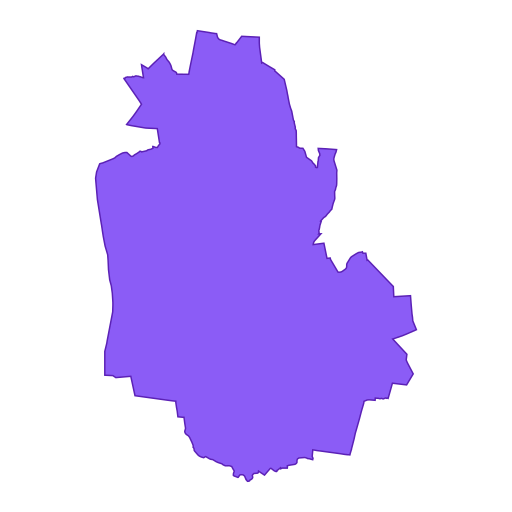 the district of Jaral del Progreso, Guanajuato, Mexico
{"feature_id": "50627088B82806712046874", "entity_name": "Jaral del Progreso", "entity_type": "district", "adm_level": 2, "iso_a3": "MEX", "parent_name": "Mexico", "parent_adm1": "Guanajuato", "projection": "orthographic", "projection_center": [-101.046, 20.365], "detail": "fine", "context": "isolated", "style": "filled", "palette": "violet", "viewbox_px": 512, "rotation_deg": 0, "n_neighbors": 0, "source": "geoboundaries", "source_scale": "gbopen_adm2", "svg_char_len": 5992}
<svg xmlns="http://www.w3.org/2000/svg" viewBox="0 0 512 512"><path d="M406.9,354.3L392.7,339.0L402.2,335.8L406.6,334.0L416.4,329.7L412.8,320.9L412.5,317.3L412.0,314.0L411.1,303.8L410.5,295.7L393.8,296.7L393.3,286.4L392.8,286.0L367.8,260.0L367.1,260.3L365.8,253.2L363.8,253.2L362.9,253.2L362.4,251.8L361.6,252.1L360.9,252.2L359.0,252.4L358.3,252.6L356.1,253.8L351.7,256.6L351.2,257.0L350.7,257.5L350.2,258.2L347.0,263.4L346.8,264.1L346.7,264.7L346.7,266.3L346.6,267.0L346.5,267.6L346.4,267.9L345.7,268.8L345.3,269.2L343.3,270.6L342.4,271.3L341.8,271.6L341.2,271.9L340.3,272.1L339.5,272.2L338.7,272.2L338.0,272.1L331.2,260.6L330.5,259.4L330.2,258.0L327.0,258.4L323.9,243.2L313.2,244.6L313.4,243.3L313.8,242.1L314.6,240.8L320.9,233.8L318.7,233.9L319.1,233.3L319.0,231.7L318.8,231.2L318.8,230.6L319.0,230.0L319.2,229.4L319.6,227.5L319.7,226.7L320.0,225.1L321.2,221.4L320.6,221.1L321.9,219.6L323.6,217.7L324.7,216.9L325.3,216.6L325.7,216.2L326.2,215.6L327.1,214.4L327.8,213.6L329.1,212.3L329.6,211.7L330.3,210.7L331.7,209.3L331.9,209.0L331.9,208.7L332.3,206.8L333.2,203.3L334.6,199.5L334.8,198.5L334.8,197.7L334.7,195.9L334.6,191.5L335.4,189.7L335.5,189.4L335.8,187.7L336.5,185.7L336.6,185.0L336.7,183.7L336.8,178.9L336.7,172.9L336.9,170.2L336.8,169.8L336.5,168.9L334.2,161.4L333.9,160.3L333.8,159.2L333.9,158.2L335.0,154.3L335.9,152.3L336.0,152.0L336.6,149.6L326.1,148.8L318.2,148.4L318.4,150.5L319.7,153.6L319.9,155.3L318.5,157.6L318.2,161.1L318.0,161.4L317.4,167.5L316.3,167.6L315.5,167.1L315.6,166.0L314.3,164.3L313.0,163.1L311.5,160.8L306.5,157.3L304.8,151.3L302.9,148.3L299.7,148.2L298.4,147.3L296.5,146.7L296.4,140.5L296.4,140.3L296.3,135.6L296.3,134.0L296.2,130.7L295.5,129.1L295.2,128.8L295.3,127.1L294.6,124.4L294.2,122.6L294.3,121.6L293.4,120.0L292.9,117.4L291.7,111.1L290.6,108.2L289.4,104.1L288.1,97.5L288.1,97.3L287.9,96.1L287.4,93.8L286.8,90.4L284.2,79.3L275.8,71.8L274.8,71.0L274.8,69.8L270.9,67.5L270.2,67.1L266.2,64.7L262.6,62.5L261.7,63.0L259.6,47.3L259.3,43.2L259.3,37.2L241.7,36.3L236.3,43.3L236.2,43.2L235.2,44.7L235.0,44.8L231.5,43.5L222.9,40.7L221.6,40.2L221.3,40.2L220.3,39.9L219.3,39.4L218.8,39.0L218.3,38.4L217.8,37.7L217.5,37.1L216.6,33.6L215.9,33.6L210.4,32.8L209.7,32.6L197.4,30.7L197.1,32.0L197.0,32.7L196.7,32.7L195.5,39.4L193.5,49.9L193.0,52.9L190.6,64.4L189.2,71.4L189.3,71.4L188.7,74.3L176.8,74.2L176.5,72.9L176.2,72.4L175.6,72.0L173.1,70.6L172.4,70.0L172.0,69.5L171.0,65.8L170.3,64.2L169.1,62.1L166.9,59.5L165.7,57.1L163.7,54.5L163.7,53.9L163.2,54.5L162.6,55.0L153.5,63.5L148.1,68.8L147.1,68.0L141.5,64.7L142.0,68.2L143.5,77.7L142.8,77.6L142.5,77.6L140.4,76.8L139.7,76.6L139.1,76.5L138.5,76.2L137.7,76.2L136.9,76.0L135.8,75.9L135.2,76.1L134.5,76.5L133.6,76.8L133.1,76.7L132.9,76.5L132.7,76.4L132.6,76.5L131.8,76.9L131.3,77.1L131.1,77.1L129.9,77.0L128.7,77.1L128.3,77.0L127.7,76.9L127.1,77.1L125.9,77.3L125.6,77.5L125.3,77.9L125.0,78.1L124.1,78.2L123.9,78.5L138.9,100.2L141.5,104.2L136.9,111.0L133.1,116.3L126.6,124.5L127.0,124.7L131.3,125.6L143.6,127.7L145.5,128.0L147.0,128.1L153.1,128.4L157.3,128.6L159.5,142.7L160.0,143.0L159.8,144.1L158.6,145.4L157.9,146.6L157.3,147.5L156.0,147.4L155.6,147.4L153.2,146.5L152.8,146.5L153.0,148.2L151.0,149.2L148.1,149.8L147.3,150.2L147.0,150.6L146.5,150.8L141.6,151.9L141.1,151.5L140.6,151.3L140.0,151.2L139.8,151.5L136.9,153.5L134.4,154.9L133.4,155.9L131.9,156.5L130.8,156.1L126.9,152.5L124.9,152.5L122.6,153.0L120.4,154.1L119.7,154.5L118.9,154.9L118.3,155.3L116.5,156.3L115.4,157.3L115.1,157.7L113.2,158.7L102.8,162.9L101.8,163.2L101.4,163.2L99.7,163.8L96.6,171.9L95.6,178.2L95.8,180.9L97.4,199.5L101.3,223.7L101.7,225.9L101.8,226.7L102.2,229.2L102.3,230.2L103.3,236.6L105.1,246.0L107.7,254.8L108.1,260.6L108.5,269.6L109.7,279.8L111.3,285.8L112.3,293.1L112.9,302.5L112.9,305.2L112.7,311.9L107.2,340.6L106.8,343.2L104.8,351.4L104.8,375.2L112.9,375.6L115.8,377.6L130.8,376.3L135.0,395.7L166.1,400.0L170.6,400.6L172.2,400.8L175.8,401.2L175.8,402.2L176.0,403.8L176.5,407.3L177.2,411.1L177.9,416.8L183.1,417.3L184.0,417.3L184.7,422.8L185.5,427.9L185.5,428.7L184.8,431.1L184.8,431.6L184.8,431.9L184.9,432.2L185.2,433.0L185.7,433.8L186.1,434.2L187.0,434.9L188.4,435.8L189.2,436.8L189.9,438.0L190.3,438.9L191.7,441.8L192.9,444.7L193.1,445.4L193.2,445.9L193.2,446.6L193.1,447.3L193.5,447.6L194.0,448.6L194.1,449.3L194.2,450.4L194.5,450.9L197.9,454.9L199.1,455.9L199.6,456.2L200.6,456.7L201.6,457.1L203.7,457.7L203.9,457.6L205.4,456.6L205.8,456.6L209.7,458.9L210.8,459.3L212.8,459.6L216.2,461.7L218.0,462.5L221.9,463.8L223.1,464.8L225.3,465.8L227.7,465.8L227.8,465.7L229.7,465.8L231.7,466.5L233.3,469.5L234.0,470.5L234.2,471.3L233.5,473.3L233.3,475.2L234.1,476.0L235.6,476.5L237.9,477.4L238.2,477.3L239.8,475.0L240.8,474.7L243.0,474.8L244.1,475.6L244.7,476.3L245.5,478.3L246.4,479.7L246.2,479.8L247.5,481.3L248.7,481.2L249.5,480.9L249.8,480.2L251.2,479.4L252.0,478.8L252.5,478.0L252.7,477.5L252.6,476.6L252.3,475.5L252.7,474.6L253.9,473.5L257.0,473.2L257.7,473.1L258.3,472.6L258.5,471.1L260.6,472.5L264.5,475.1L270.2,468.5L270.9,468.3L271.1,468.4L274.4,470.9L275.9,471.5L276.6,471.5L276.9,471.3L277.0,470.4L277.4,470.3L280.5,467.8L280.8,468.8L282.0,468.1L287.3,468.1L287.4,466.9L287.3,465.8L288.8,465.3L295.0,464.3L296.2,463.5L296.9,462.6L297.0,460.2L297.5,458.9L298.9,458.0L299.6,457.9L304.7,457.5L306.4,457.9L307.7,458.6L309.2,458.7L312.7,459.7L313.0,458.3L312.2,456.4L312.8,449.8L317.2,450.6L319.0,450.8L335.2,453.0L340.3,453.7L345.3,454.5L346.4,454.5L346.8,454.7L347.9,454.7L349.9,454.9L350.2,453.5L351.1,450.5L351.5,449.3L351.5,448.9L354.1,438.8L355.3,433.2L356.3,429.8L359.4,418.9L361.3,411.6L363.7,403.4L364.0,401.3L367.1,400.0L369.0,399.8L375.1,400.3L375.3,398.1L375.6,398.2L376.6,398.2L378.3,398.3L379.8,398.7L380.2,398.7L381.1,398.4L381.8,398.4L382.3,398.7L383.3,398.9L384.0,398.6L385.3,398.1L385.7,398.0L386.2,398.1L386.6,398.3L387.3,398.1L388.1,398.4L390.3,390.7L392.4,383.2L406.6,384.9L413.2,373.9L407.6,363.2L406.5,360.8L406.4,360.4L406.2,359.9L406.9,354.3Z" fill="#8b5cf6" stroke="#5b21b6" stroke-width="1.5"/></svg>